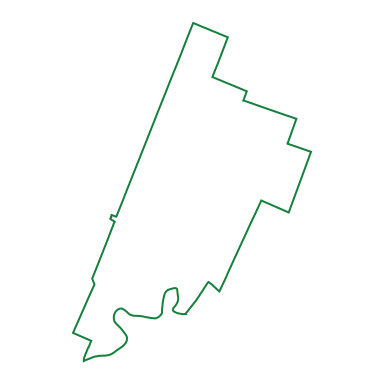 outline of Cazanesti, Ialomita, Romania
{"feature_id": "2599482B82912190403308", "entity_name": "Cazanesti", "entity_type": "district", "adm_level": 2, "iso_a3": "ROU", "parent_name": "Romania", "parent_adm1": "Ialomita", "projection": "mercator", "projection_center": [27.017, 44.648], "detail": "fine", "context": "isolated", "style": "outline", "palette": "green", "viewbox_px": 384, "rotation_deg": 0, "n_neighbors": 0, "source": "geoboundaries", "source_scale": "gbopen_adm2", "svg_char_len": 3391}
<svg xmlns="http://www.w3.org/2000/svg" viewBox="0 0 384 384"><path d="M227.8,37.3L225.6,36.4L224.4,35.9L221.8,34.8L218.6,33.5L215.8,32.3L212.8,31.2L212.0,30.8L210.7,30.3L208.9,29.5L205.9,28.2L205.0,27.9L202.5,26.9L200.9,26.2L199.4,25.6L198.0,25.0L196.2,24.2L193.8,23.2L193.2,23.0L191.8,26.5L186.7,39.3L181.6,52.5L176.5,65.3L171.3,78.1L166.3,90.8L161.2,103.5L156.2,116.1L151.2,128.8L146.3,141.2L136.2,166.6L127.6,188.2L122.0,202.5L116.4,216.5L116.2,216.7L111.6,215.0L110.8,217.2L111.1,217.4L110.3,218.9L110.4,219.0L111.3,219.5L112.3,220.2L113.4,220.8L114.7,221.7L114.2,222.6L113.8,223.6L113.6,224.0L113.0,225.8L112.8,226.4L112.5,227.1L112.2,227.8L111.9,228.4L111.6,229.2L111.4,229.8L111.1,230.5L110.8,231.4L110.3,232.6L110.0,233.4L109.7,234.2L109.4,235.0L109.1,235.6L108.5,237.5L104.3,248.1L101.4,255.5L97.2,266.1L92.2,278.7L94.5,284.4L88.8,297.0L84.1,307.7L77.2,323.4L73.0,332.9L82.2,336.9L91.2,340.8L89.4,345.4L88.7,347.0L88.5,347.6L88.4,347.8L88.2,347.9L88.1,348.0L87.9,348.1L87.8,348.5L87.7,348.7L87.2,350.0L86.9,350.8L86.5,351.9L86.2,352.5L85.9,353.3L85.6,353.8L84.8,356.1L84.4,357.2L84.2,357.7L84.0,358.7L83.9,359.3L83.8,359.9L83.8,360.7L83.8,361.0L86.3,359.8L88.2,359.1L91.1,358.0L91.5,357.8L93.2,357.1L94.5,356.7L96.7,356.3L98.6,355.9L99.6,355.8L100.7,355.8L102.3,355.7L104.8,355.7L106.1,355.5L108.0,355.2L109.1,355.0L111.2,354.2L112.5,353.4L114.4,352.2L115.7,351.2L117.7,349.7L118.9,348.8L120.3,348.0L122.7,346.3L124.2,344.7L125.7,343.0L126.1,342.0L126.7,340.9L126.9,340.0L127.0,338.8L126.9,337.4L126.7,336.4L125.9,335.0L125.0,333.7L124.0,332.4L122.8,330.9L122.2,330.0L121.3,328.9L120.4,327.9L119.6,327.0L118.9,326.4L116.0,323.5L114.5,321.6L114.1,320.0L113.8,318.2L113.9,316.0L114.1,315.1L114.3,314.4L114.7,313.5L114.9,312.9L115.1,312.5L115.3,312.1L115.6,311.8L115.8,311.5L116.3,311.0L116.4,310.8L116.6,310.6L117.9,309.5L118.9,309.0L120.2,308.6L120.9,308.5L121.7,308.6L122.3,308.7L122.8,309.0L123.5,309.4L124.4,309.9L126.7,311.7L127.6,312.7L128.2,313.2L129.7,314.4L130.3,314.8L132.4,315.4L133.3,315.7L134.8,315.8L136.7,315.8L139.5,316.0L142.7,316.4L145.7,317.1L148.4,317.5L151.1,318.0L154.6,318.3L156.0,318.3L157.3,317.7L158.1,317.3L158.8,316.8L159.4,316.3L160.5,315.3L161.6,313.8L162.0,312.7L162.1,311.6L162.0,310.9L162.1,309.8L162.2,308.2L162.3,307.3L162.4,306.4L162.5,305.0L162.6,303.5L162.9,301.6L163.2,300.0L163.5,298.4L164.3,295.1L164.8,293.8L165.2,292.9L165.7,292.1L166.2,291.4L166.7,291.0L167.4,290.3L167.9,290.0L169.0,289.5L170.9,289.0L171.8,288.8L172.8,288.4L174.1,288.2L175.2,288.1L175.8,288.2L176.4,288.4L176.8,288.8L177.1,289.2L177.3,290.7L177.5,292.3L177.6,293.8L177.8,295.0L178.1,296.5L178.2,297.8L178.1,299.4L177.8,301.2L176.9,303.4L175.6,305.5L174.6,306.6L173.8,307.6L173.4,308.2L173.0,309.1L172.9,309.6L172.9,310.1L173.2,310.8L173.8,311.4L175.0,312.1L176.2,312.7L178.4,313.4L180.7,313.8L182.0,314.1L183.4,314.1L184.8,314.1L186.0,314.0L185.8,313.5L196.4,300.0L201.0,293.1L205.5,286.2L206.7,284.2L208.0,282.4L208.5,282.0L210.9,283.7L212.3,284.9L219.3,291.5L219.5,291.3L222.3,285.2L225.2,279.1L225.9,277.6L226.7,275.8L227.8,273.2L235.4,256.4L235.5,256.3L242.6,240.8L245.3,235.0L247.5,230.2L250.7,223.2L255.1,214.0L261.3,200.5L288.7,212.5L288.9,212.0L304.0,171.0L311.0,151.8L287.5,143.7L296.4,118.8L282.0,113.9L276.7,112.1L243.6,100.5L243.4,100.5L246.8,91.3L240.8,88.8L222.7,81.3L212.4,77.0L218.7,61.2L227.8,37.3Z" fill="none" stroke="#15803d" stroke-width="2"/></svg>